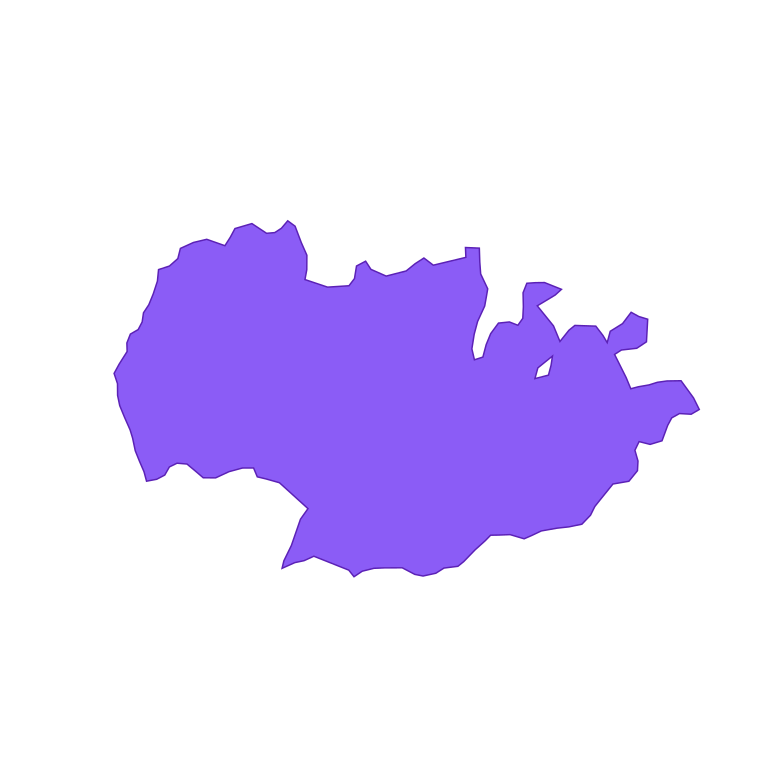 Guapirama, Paraná, Brazil (Robinson projection), rotated 141°
{"feature_id": "56859067B61093640054978", "entity_name": "Guapirama", "entity_type": "district", "adm_level": 2, "iso_a3": "BRA", "parent_name": "Brazil", "parent_adm1": "Paraná", "projection": "robinson", "projection_center": [-50.09, -23.472], "detail": "fine", "context": "isolated", "style": "filled", "palette": "violet", "viewbox_px": 768, "rotation_deg": 141, "n_neighbors": 0, "source": "geoboundaries", "source_scale": "gbopen_adm2", "svg_char_len": 2224}
<svg xmlns="http://www.w3.org/2000/svg" viewBox="0 0 768 768"><g transform="rotate(141 384 384)"><path d="M380.4,575.0L385.7,591.8L402.0,598.6L411.0,594.8L420.6,591.6L430.7,608.0L443.0,613.9L456.9,617.5L465.3,611.2L476.5,610.7L487.2,614.8L495.4,606.5L506.7,599.2L516.9,593.6L526.1,590.7L532.9,584.4L540.8,581.0L549.7,582.4L558.0,577.7L563.2,570.9L577.1,566.2L587.1,562.1L590.9,552.0L598.2,542.8L603.0,533.5L606.6,521.4L610.2,508.1L613.4,500.2L619.3,488.7L622.6,478.0L625.7,466.9L629.7,457.9L620.6,453.0L611.7,451.2L603.0,454.6L594.7,452.7L587.5,445.8L585.4,435.2L583.5,424.9L573.9,417.0L559.6,413.4L546.9,407.8L538.2,400.8L540.9,391.6L535.3,384.3L527.4,373.1L521.5,335.0L534.0,331.5L557.6,316.8L573.1,309.6L579.2,304.9L565.7,301.3L557.3,297.0L546.9,294.3L528.5,261.5L528.6,253.1L518.7,252.2L507.8,247.1L499.6,241.0L485.5,229.7L479.9,216.7L474.5,210.2L462.8,204.3L453.2,203.2L441.3,195.8L433.8,195.8L417.4,197.8L403.9,198.5L396.3,199.4L389.9,194.4L380.8,187.6L372.5,175.5L364.5,173.3L354.2,170.8L340.3,163.1L330.2,156.6L318.4,150.5L306.0,152.1L297.3,156.1L289.2,157.9L269.0,162.2L254.9,154.3L241.6,157.1L235.1,164.3L230.7,174.6L222.0,178.7L215.2,169.6L203.7,164.9L189.6,173.3L181.7,176.6L173.0,175.1L164.3,167.2L155.0,165.8L152.2,178.4L151.1,199.6L162.2,208.3L170.5,213.3L178.6,216.5L188.1,221.8L195.2,225.0L191.8,236.5L186.2,261.9L178.1,261.0L165.1,252.7L153.5,251.6L138.3,268.4L143.5,276.1L146.8,284.2L160.6,280.8L175.0,282.6L184.5,275.7L183.3,284.0L183.0,295.7L192.6,304.0L198.8,309.4L206.4,309.4L220.5,306.3L215.7,322.5L215.7,348.3L194.9,345.4L186.5,345.9L195.4,361.8L202.5,367.4L209.6,372.4L218.5,367.4L227.2,356.2L234.8,347.7L243.0,345.4L247.5,353.3L256.7,359.3L269.4,356.0L279.8,350.3L290.2,342.7L298.5,345.9L293.6,356.0L282.6,365.9L271.9,373.7L256.7,381.2L249.4,387.5L243.5,392.7L239.6,408.7L232.8,418.5L224.4,429.6L234.8,438.8L240.7,430.9L270.9,445.3L273.7,456.8L284.1,457.9L295.6,457.9L314.4,466.5L322.0,481.3L321.0,491.0L331.1,493.0L340.6,484.5L349.4,482.4L366.9,494.8L379.7,514.9L372.1,521.4L362.9,532.6L359.3,545.9L353.8,562.6L356.1,571.4L365.7,569.6L373.6,570.4L380.4,575.0ZM235.5,299.7L242.4,293.4L250.6,287.4L263.3,293.2L254.3,299.7L235.5,299.7Z" fill="#8b5cf6" stroke="#5b21b6" stroke-width="1.5"/></g></svg>